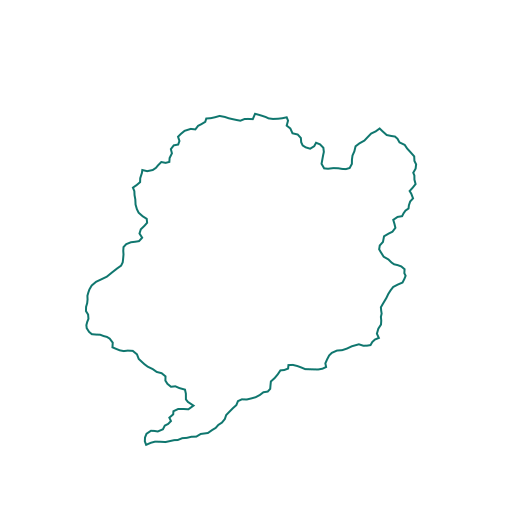 Cláudio, Minas Gerais, Brazil, rotated 248°
{"feature_id": "56859067B78094435650232", "entity_name": "Cláudio", "entity_type": "district", "adm_level": 2, "iso_a3": "BRA", "parent_name": "Brazil", "parent_adm1": "Minas Gerais", "projection": "natural_earth1", "projection_center": [-44.782, -20.402], "detail": "fine", "context": "isolated", "style": "outline", "palette": "teal", "viewbox_px": 512, "rotation_deg": 248, "n_neighbors": 0, "source": "geoboundaries", "source_scale": "gbopen_adm2", "svg_char_len": 3754}
<svg xmlns="http://www.w3.org/2000/svg" viewBox="0 0 512 512"><g transform="rotate(248 256 256)"><path d="M250.6,423.2L255.6,423.3L258.7,422.8L260.5,426.6L262.9,430.9L267.5,431.5L271.3,433.0L274.3,433.0L277.2,436.7L281.0,438.8L284.8,438.5L289.1,440.0L295.0,437.9L299.0,436.4L303.3,435.5L307.6,431.6L311.7,431.1L314.7,429.6L316.6,426.4L319.2,422.5L324.3,420.0L327.9,418.4L326.7,413.7L326.4,408.6L324.4,404.1L322.4,399.7L321.7,394.1L320.4,389.4L316.2,386.4L313.0,383.1L309.5,381.1L305.5,379.4L302.5,375.8L302.9,371.9L304.4,368.6L306.5,365.2L308.5,360.7L309.9,355.5L311.7,352.0L316.9,351.3L320.7,353.7L324.0,355.8L327.1,357.9L331.1,359.0L335.5,357.2L338.5,354.1L336.0,351.1L335.2,346.4L338.1,342.8L341.0,340.7L344.5,340.5L348.6,341.8L353.0,340.2L356.1,335.8L361.4,335.6L365.4,333.3L369.5,336.4L373.1,336.4L373.9,331.9L375.0,327.9L376.7,323.1L378.9,319.2L381.2,317.1L383.5,314.4L385.7,311.7L388.2,308.4L384.1,304.3L386.0,300.1L387.3,296.7L387.3,292.2L389.2,289.2L391.7,285.5L394.0,282.2L396.6,279.2L399.5,274.7L400.0,270.0L400.7,265.8L402.1,261.4L399.4,259.2L398.7,254.7L398.4,251.1L396.1,247.2L398.3,243.1L398.8,236.7L397.4,232.2L395.8,228.4L391.3,228.1L388.5,225.6L389.4,221.2L387.0,217.1L382.7,216.5L379.2,212.6L375.7,210.9L376.2,207.1L378.6,203.4L376.8,199.2L375.2,196.2L374.4,192.5L375.4,186.9L378.3,182.8L375.7,181.3L371.5,177.8L367.9,176.2L366.5,172.0L365.5,167.5L361.7,167.5L358.0,166.2L353.7,165.3L348.8,163.6L344.1,163.1L340.1,163.4L335.3,165.8L331.4,168.6L327.6,167.5L325.8,163.9L323.9,159.2L320.5,156.4L315.6,157.3L313.6,153.1L314.5,149.2L315.6,145.2L315.6,140.1L313.9,136.5L310.6,134.9L307.0,133.7L302.7,131.5L300.0,130.0L297.6,127.3L296.4,122.3L294.7,116.4L292.7,109.9L292.3,103.5L292.0,98.1L290.2,92.6L287.4,89.0L285.0,86.9L282.3,84.8L278.7,83.5L275.5,81.8L272.5,79.4L268.6,77.7L264.6,78.4L260.5,77.1L258.1,74.8L255.4,72.8L252.5,72.0L248.2,72.8L245.0,74.5L243.1,78.2L241.4,82.0L238.8,84.8L236.8,87.5L234.2,89.4L229.3,90.7L225.1,88.7L222.6,91.2L219.6,94.3L217.4,97.7L216.3,101.7L214.2,106.2L209.4,108.8L204.5,108.7L200.2,110.7L197.5,112.0L194.0,114.1L189.8,117.9L185.7,120.5L182.7,124.6L178.3,127.0L174.4,125.3L170.6,126.0L166.6,128.2L165.4,132.4L162.3,135.4L158.7,140.1L154.6,139.4L149.3,137.3L146.2,138.2L143.6,140.0L140.7,142.0L139.2,135.9L141.3,131.5L143.3,126.5L143.0,121.3L140.2,119.9L138.6,115.1L134.8,115.3L133.2,111.6L132.9,107.9L130.2,104.8L130.1,99.2L131.9,96.2L133.3,93.1L132.2,87.9L129.3,85.1L125.8,83.5L122.1,83.4L122.2,88.7L121.7,92.8L119.8,97.3L117.4,102.4L116.5,107.7L115.9,111.2L114.7,114.5L114.7,119.4L113.3,123.7L112.6,128.4L110.9,133.0L111.7,138.1L109.9,145.1L111.1,150.3L111.7,154.2L113.5,157.8L114.3,162.0L116.5,166.0L119.7,168.8L121.4,172.6L123.6,177.7L125.1,181.9L128.2,184.9L128.4,189.2L126.4,193.7L125.7,198.4L125.2,202.8L125.7,207.5L126.9,211.8L125.9,216.1L127.5,219.4L130.5,220.9L134.1,222.8L135.9,227.7L138.1,231.8L140.8,235.8L139.7,239.5L139.6,243.6L142.7,245.2L141.2,249.4L138.5,253.1L135.7,256.2L132.7,259.2L129.8,265.8L127.5,271.1L126.6,275.4L126.8,279.4L130.5,280.1L133.6,283.3L136.4,286.6L137.8,290.0L138.0,295.6L136.4,300.7L136.1,305.6L136.4,311.1L135.6,318.3L132.6,321.9L131.3,325.3L130.5,328.8L132.7,331.6L134.0,335.0L134.0,339.2L138.7,339.0L142.8,342.2L145.6,346.2L149.1,347.9L152.8,349.0L155.5,350.9L158.5,351.6L161.7,352.6L164.8,356.6L168.2,361.1L171.3,364.5L173.8,368.0L175.9,371.6L176.4,376.8L176.5,381.9L179.3,385.1L181.6,387.3L184.5,387.1L188.1,388.8L191.9,386.8L194.5,383.9L196.6,380.9L199.2,379.2L203.2,377.5L207.5,374.1L213.1,373.1L216.1,372.7L219.4,374.7L221.5,379.0L226.3,382.1L227.1,387.5L227.4,391.6L229.9,395.8L233.9,396.4L238.1,396.8L239.2,401.9L238.2,406.4L240.3,408.8L242.1,411.6L242.9,415.2L245.8,416.8L248.8,419.4L250.6,423.2Z" fill="none" stroke="#0f766e" stroke-width="2"/></g></svg>